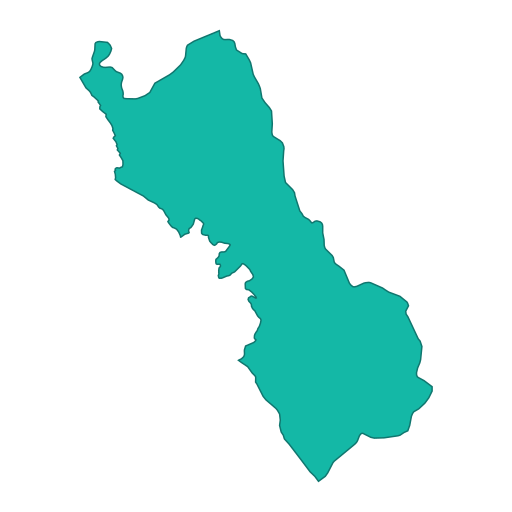 the border of Lima
{"feature_id": "PER-591", "entity_name": "Lima", "entity_type": "Department", "adm_level": 1, "iso_a3": "PER", "parent_name": "Peru", "parent_adm1": "", "projection": "mercator", "projection_center": [-76.872, -11.804], "detail": "fine", "context": "isolated", "style": "filled", "palette": "teal", "viewbox_px": 512, "rotation_deg": 0, "n_neighbors": 0, "source": "natural_earth", "source_scale": "10m", "svg_char_len": 5491}
<svg xmlns="http://www.w3.org/2000/svg" viewBox="0 0 512 512"><path d="M318.5,481.3L314.8,476.3L310.1,471.8L300.8,459.4L289.1,444.1L284.4,438.9L283.3,435.2L281.2,432.0L279.6,425.4L280.3,420.1L279.6,414.0L277.4,410.2L275.9,408.4L265.9,399.8L263.1,396.3L256.9,384.0L255.6,382.1L255.7,378.1L255.6,376.7L254.5,375.3L252.2,373.0L247.7,366.7L241.3,362.4L238.5,360.3L239.5,359.7L240.6,359.3L241.8,358.5L243.7,356.7L244.4,355.0L244.5,353.2L244.4,351.7L244.4,350.0L245.6,346.0L253.7,342.5L254.9,341.5L255.5,340.7L255.9,340.0L255.8,339.5L255.1,339.2L254.7,338.6L254.3,338.0L254.5,335.4L255.0,334.0L255.5,333.2L256.2,332.0L256.8,331.3L257.4,330.2L257.9,328.6L259.3,326.4L260.5,323.0L260.7,321.7L261.0,320.5L260.8,319.4L260.3,318.5L258.9,317.4L257.6,315.9L255.1,311.3L254.6,310.5L253.6,309.8L252.5,308.4L251.5,306.3L251.4,304.6L250.7,303.2L248.9,301.3L248.1,299.5L248.6,297.8L250.1,296.9L251.1,296.1L251.9,296.1L255.8,298.1L256.3,297.9L256.0,297.0L253.8,294.2L251.8,292.1L249.0,289.9L247.5,289.6L246.5,289.5L246.0,289.1L245.4,288.4L245.2,283.8L245.6,282.5L247.3,281.3L248.3,281.0L249.4,280.8L252.0,279.0L253.4,277.1L253.2,275.9L252.8,274.5L250.6,271.3L250.2,270.3L249.6,269.3L246.3,265.9L245.1,264.9L243.2,263.7L242.2,263.7L240.4,266.1L234.8,271.7L233.8,272.3L232.2,272.9L231.1,273.9L230.2,275.0L229.0,275.6L226.7,276.1L222.7,277.8L221.5,278.2L220.2,278.2L219.7,278.3L219.2,278.2L218.7,277.4L218.3,275.5L218.8,274.2L218.9,273.2L218.7,272.5L218.8,271.7L218.7,270.7L219.0,268.4L219.3,267.6L219.9,267.1L220.5,266.1L220.4,265.2L220.0,264.3L218.5,264.2L217.0,264.3L216.1,263.7L215.8,262.0L215.8,260.4L216.0,259.3L216.8,258.7L218.3,257.2L219.1,255.8L219.3,253.6L220.0,252.5L221.0,252.1L222.0,251.9L223.1,252.0L224.7,251.8L225.7,251.3L229.5,246.2L230.2,244.9L229.8,244.3L228.3,243.6L224.5,243.2L221.6,242.2L219.2,242.0L217.4,242.6L216.6,243.9L215.2,245.0L214.3,245.3L212.6,244.4L211.9,243.5L211.0,242.7L209.7,241.1L208.5,237.5L208.4,235.8L208.0,235.3L207.1,235.2L205.8,235.3L202.8,234.5L202.1,233.9L201.6,233.2L201.5,230.1L202.5,227.4L203.0,225.7L203.6,224.3L203.6,223.6L203.0,222.8L200.9,220.7L199.7,220.0L198.7,219.1L197.6,218.5L195.8,218.2L195.1,218.6L194.7,219.1L193.3,224.1L191.9,226.2L190.8,227.6L189.2,228.5L188.7,229.9L188.6,231.0L188.9,231.8L189.1,232.6L188.6,233.1L184.9,234.2L180.9,237.1L180.6,237.1L180.3,235.6L178.7,232.0L176.6,229.2L174.4,228.0L172.5,227.4L170.9,225.8L168.4,222.5L167.9,221.5L169.0,220.1L168.9,218.8L168.3,217.7L165.9,214.8L163.9,211.0L162.7,209.4L161.4,208.7L159.9,208.2L158.7,207.1L156.9,204.5L154.4,202.9L148.2,200.0L143.4,196.0L120.9,184.0L117.1,181.2L115.2,179.5L115.6,177.7L115.3,174.2L114.5,171.3L115.5,170.4L115.1,169.1L116.3,167.9L117.7,167.8L119.4,168.2L120.7,167.4L122.4,166.8L123.0,164.5L122.9,160.7L120.9,157.2L119.4,155.0L120.3,153.3L117.3,149.9L117.9,148.4L116.4,145.8L117.1,144.6L115.9,141.7L113.2,138.3L113.8,137.1L115.3,135.7L114.0,132.7L112.7,130.3L112.9,128.4L111.9,125.5L110.3,122.9L108.1,120.0L105.9,116.7L106.2,114.3L102.5,111.4L99.8,108.9L99.9,106.8L100.6,105.4L98.1,102.0L98.3,100.9L94.1,97.0L91.9,95.4L91.1,93.6L90.2,92.0L89.1,90.7L86.0,87.9L79.9,77.4L83.9,74.3L84.6,73.9L87.2,72.9L88.5,72.3L89.8,71.2L90.9,69.5L92.1,66.7L92.7,64.8L92.9,63.5L92.8,62.6L92.2,60.1L92.0,58.7L92.4,57.2L94.5,51.2L94.8,49.6L95.1,43.8L95.8,42.6L97.6,41.8L99.3,41.5L107.5,42.4L109.7,44.6L110.3,45.5L111.6,48.5L110.9,51.1L109.7,53.8L108.9,55.1L108.0,56.3L105.8,58.2L102.2,60.6L100.1,62.4L99.8,62.9L99.4,63.9L99.7,65.3L100.9,66.4L103.4,67.3L105.4,67.4L109.0,67.1L110.6,67.1L112.2,67.6L114.9,70.4L116.3,71.6L120.4,73.2L121.8,74.3L122.7,76.1L122.9,77.5L122.6,79.1L121.6,82.1L121.3,83.7L121.2,85.0L121.4,86.6L121.7,88.1L122.8,91.0L123.1,92.6L123.2,94.2L122.9,95.9L123.1,97.3L123.9,98.4L126.4,98.7L135.3,98.9L137.6,98.5L145.0,95.7L149.8,92.5L154.9,83.2L169.7,74.7L173.3,72.0L180.6,64.9L183.7,60.4L185.3,57.2L185.6,55.5L186.3,48.2L186.8,46.6L187.5,45.2L194.0,41.2L219.3,30.7L220.0,35.5L220.7,36.9L222.2,38.7L223.7,39.5L225.4,39.6L227.3,39.5L229.5,39.5L232.7,40.5L234.1,41.8L234.8,43.5L235.4,46.9L236.5,50.0L242.0,53.5L243.0,53.7L245.7,53.9L249.3,60.0L250.6,62.8L253.2,74.3L254.4,76.9L258.4,83.8L259.5,86.4L260.3,88.6L261.9,98.0L265.0,102.6L269.3,107.5L271.5,111.0L272.3,123.8L271.8,132.0L272.1,134.0L272.5,135.4L273.4,136.5L280.3,140.8L282.4,142.9L283.8,146.6L284.0,148.7L283.7,150.7L283.0,160.9L284.1,176.1L285.5,182.5L292.6,189.6L294.5,192.7L295.0,195.9L299.8,210.9L302.1,213.9L303.3,216.2L305.0,217.5L308.6,219.4L310.0,220.8L311.6,222.8L312.7,222.8L315.1,221.2L316.9,220.9L320.1,221.8L321.6,223.0L322.4,224.4L322.7,226.2L322.7,232.9L324.0,239.5L324.2,245.4L324.8,247.7L325.6,249.1L332.1,255.5L333.3,257.5L334.2,262.0L335.1,263.4L336.3,264.4L339.1,266.3L344.0,270.2L349.4,283.2L350.8,285.0L352.9,286.7L354.3,286.9L356.9,286.3L363.9,283.1L365.8,282.7L368.9,282.4L370.7,282.8L382.3,287.9L383.6,288.7L384.8,289.6L388.7,292.1L399.9,296.3L406.9,302.0L407.6,303.2L408.5,305.8L405.7,311.2L406.1,314.1L407.9,316.8L418.2,338.8L420.1,341.1L421.9,346.5L420.6,359.7L419.8,362.8L417.6,368.0L416.5,372.7L416.6,375.1L417.4,376.9L418.6,377.7L424.0,380.6L432.1,386.7L432.1,391.1L428.8,397.8L425.0,403.0L418.8,408.8L413.7,411.8L412.5,413.6L411.4,416.3L409.7,425.4L407.8,430.8L404.0,432.5L400.0,435.2L397.9,435.8L384.2,437.8L374.3,438.1L370.8,437.3L364.0,433.9L363.4,433.6L363.1,433.4L362.7,433.3L361.7,433.4L360.6,434.1L359.4,435.8L357.5,440.7L356.5,442.4L355.0,444.0L334.3,461.1L333.0,462.6L327.7,472.9L325.3,476.3L318.5,481.3L318.5,481.3Z" fill="#14b8a6" stroke="#0f766e" stroke-width="1.5"/></svg>